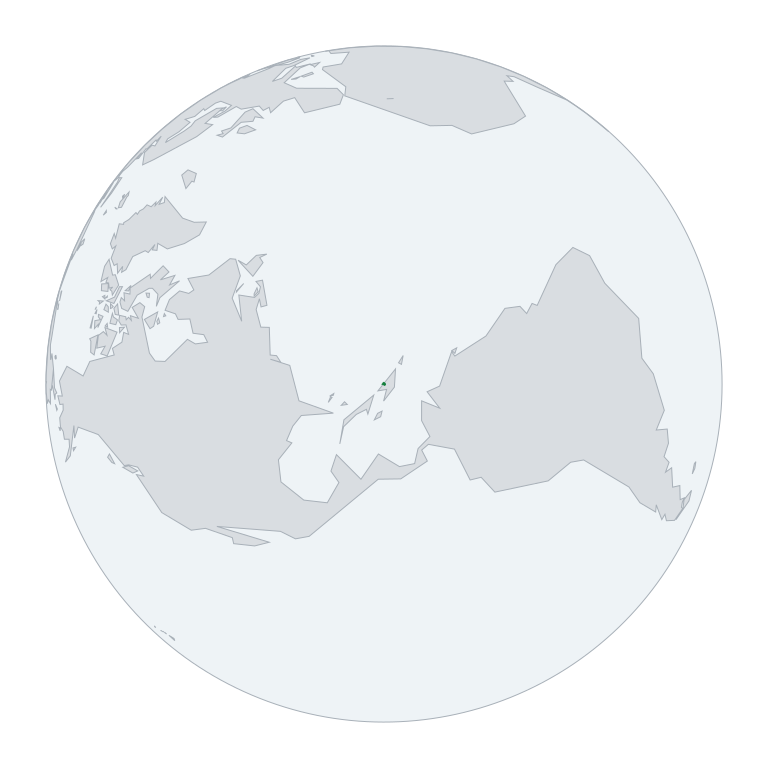 Dajabón highlighted on a globe, orthographic projection, rotated 293°
{"feature_id": "DOM-1966", "entity_name": "Dajabón", "entity_type": "Province", "adm_level": 1, "iso_a3": "DOM", "parent_name": "Dominican Republic", "parent_adm1": "", "projection": "orthographic", "projection_center": [-71.618, 19.433], "detail": "fine", "context": "on_globe", "style": "filled", "palette": "green", "viewbox_px": 768, "rotation_deg": 293, "n_neighbors": 0, "source": "natural_earth", "source_scale": "10m", "svg_char_len": 9731}
<svg xmlns="http://www.w3.org/2000/svg" viewBox="0 0 768 768"><g transform="rotate(293 384 384)"><circle cx="384" cy="384" r="338" fill="#eef3f6" stroke="#a8b0b8"/><path d="M345.8,448.4L337.9,444.5L330.0,454.0L303.2,436.5L294.1,415.9L214.5,374.6L206.9,363.0L207.9,346.2L187.6,285.8L193.5,340.2L184.4,328.2L178.3,308.0L183.3,304.4L181.4,276.1L174.1,263.7L178.8,229.7L203.9,191.5L205.3,198.8L211.2,189.7L209.8,180.5L207.4,176.8L225.8,140.8L224.8,119.3L213.3,120.3L224.6,114.8L195.3,123.3L187.6,121.3L203.2,119.1L210.1,115.7L208.3,111.4L215.0,107.2L218.0,103.0L226.2,98.7L234.6,98.9L240.1,96.4L238.5,93.7L245.7,88.4L247.2,92.6L259.9,84.1L276.4,85.2L273.8,103.9L289.8,104.4L305.3,124.3L310.7,120.1L320.1,126.4L329.8,124.2L329.9,129.5L337.6,123.4L335.6,119.1L338.4,115.2L343.9,113.9L345.0,120.0L342.4,121.6L345.6,122.8L343.8,126.6L347.8,123.9L348.5,132.2L356.1,122.3L363.5,127.5L361.7,133.5L351.1,135.0L320.8,156.0L315.7,164.4L319.2,173.6L348.3,185.6L347.2,194.7L353.5,205.3L359.0,198.8L356.1,188.4L368.0,179.9L363.0,169.2L367.1,164.6L366.3,153.7L377.9,153.5L389.8,159.5L391.1,168.9L396.3,172.2L404.5,162.3L415.9,180.2L439.2,193.3L440.9,198.7L427.4,209.5L403.7,210.7L386.1,228.5L409.2,215.6L413.1,231.0L418.6,233.4L425.2,232.3L428.4,226.1L432.1,231.6L410.7,245.5L406.9,240.7L413.8,236.0L402.6,237.2L388.2,248.4L391.3,256.3L366.2,267.9L368.1,274.0L363.7,280.5L362.4,269.7L364.3,290.0L335.3,312.3L337.4,348.8L322.7,320.2L309.6,316.5L293.8,316.4L293.8,322.2L273.0,316.4L253.6,327.4L245.8,355.5L252.5,378.2L275.7,381.0L283.1,369.2L300.4,367.8L287.3,400.0L317.4,406.2L314.0,430.5L322.7,443.3L337.9,440.6L353.6,446.8L365.0,432.9L383.2,425.2L383.5,444.8L393.7,426.7L403.8,436.0L440.2,433.6L437.4,438.3L468.0,459.1L500.9,465.8L508.6,478.8L504.6,487.8L516.0,488.8L516.2,494.3L561.0,495.6L583.5,504.5L582.5,523.1L563.0,547.9L543.9,592.8L508.5,611.3L498.6,627.9L469.3,652.3L448.0,652.6L453.2,662.3L440.6,669.0L426.5,670.2L423.3,677.0L412.8,677.6L419.3,681.5L401.8,690.0L406.1,696.0L393.3,701.8L396.5,704.9L391.8,704.8L386.7,706.0L386.1,707.6L372.0,704.7L368.5,697.4L373.9,693.5L367.7,692.7L379.2,681.8L372.3,684.1L374.7,666.0L384.9,649.7L392.1,597.5L384.9,586.4L359.0,573.0L327.8,528.3L336.1,509.9L329.3,500.8L351.6,474.3L345.8,448.4ZM66.0,291.7L68.6,284.2L67.7,290.1L66.0,291.7ZM69.8,278.9L68.9,281.6L69.5,279.2L69.8,278.9ZM69.9,276.6L69.8,278.3L69.6,277.1L69.9,276.6ZM69.8,274.6L70.0,275.4L69.8,275.6L69.8,274.6ZM335.4,361.1L369.8,378.9L350.0,380.9L353.8,377.7L345.2,370.4L328.9,363.5L311.6,366.7L335.4,361.1ZM70.6,269.1L71.0,267.6L71.4,267.6L70.6,269.1ZM351.4,341.4L345.3,339.9L351.3,339.8L351.4,341.4ZM205.3,176.1L209.0,180.9L207.8,191.3L203.9,187.6L205.3,176.1ZM208.6,158.2L212.3,158.6L205.4,167.2L205.4,164.2L208.6,158.2ZM203.6,122.7L205.4,124.9L201.3,124.3L203.6,122.7ZM217.0,103.3L214.3,104.2L217.0,101.8L217.0,103.3ZM359.9,154.7L363.0,154.3L361.5,156.5L359.9,154.7ZM356.6,150.7L352.7,153.7L350.5,152.2L353.0,150.4L356.6,150.7ZM231.9,93.1L237.0,89.4L233.3,93.1L231.9,93.1ZM361.9,147.5L347.2,149.4L343.5,147.0L349.8,138.2L361.9,147.5ZM241.0,87.3L253.2,79.3L248.4,80.2L268.9,73.8L251.7,82.2L247.9,86.3L246.1,85.3L241.0,87.3ZM332.6,118.4L334.9,122.9L327.9,120.6L332.6,118.4ZM327.4,118.0L301.7,118.2L301.1,111.5L309.8,112.5L304.8,105.6L317.1,102.1L322.6,105.2L320.6,110.0L326.9,105.1L327.4,118.0ZM278.3,72.1L282.5,70.6L279.7,72.3L278.3,72.1ZM338.9,113.6L333.8,113.9L332.8,108.0L342.9,106.4L340.0,108.7L338.9,113.6ZM297.5,105.8L298.6,101.6L308.8,97.5L310.7,95.4L317.4,101.5L297.5,105.8ZM343.0,109.4L348.1,105.8L353.6,107.5L343.8,112.9L343.0,109.4ZM328.3,107.4L328.4,104.6L331.6,105.5L328.3,107.4ZM375.9,112.6L369.8,112.5L368.8,109.3L375.9,112.6ZM349.6,104.4L347.7,103.8L346.6,102.7L351.0,100.9L349.6,104.4ZM324.1,98.5L328.2,98.0L321.9,95.8L329.3,93.1L332.5,97.9L334.2,94.8L336.5,94.0L336.5,98.9L324.1,98.5ZM352.1,95.9L358.7,102.0L370.2,102.5L371.4,105.2L352.6,103.9L352.1,95.9ZM343.0,97.1L348.9,96.9L347.4,100.0L342.4,102.2L343.0,97.1ZM333.2,89.8L321.0,92.6L320.8,91.5L333.2,89.8ZM355.8,95.4L354.1,94.0L356.8,95.0L355.8,95.4ZM340.5,90.7L336.2,91.6L336.0,90.4L340.5,90.7ZM354.4,90.7L356.5,92.4L353.2,93.8L354.4,90.7ZM348.3,90.1L349.0,88.2L350.7,93.2L346.4,90.7L348.3,90.1ZM341.0,89.3L339.5,88.9L342.8,89.1L341.0,89.3ZM365.8,85.0L368.7,91.0L361.3,93.7L359.5,87.4L365.8,85.0ZM395.5,710.4L373.2,705.8L385.8,708.0L394.7,705.4L406.3,708.6L395.5,710.4ZM421.7,702.9L432.0,700.8L434.4,701.4L427.8,703.1L421.7,702.9ZM645.3,169.8L651.5,179.2L642.5,169.7L626.3,148.9L622.6,144.7L645.3,169.8ZM611.1,133.8L609.9,132.9L598.5,122.9L607.9,131.5L610.9,133.8L616.8,139.7L614.4,138.2L610.5,134.4L610.9,136.0L629.6,155.0L634.6,159.4L641.2,171.7L650.2,180.5L655.3,188.4L641.9,176.6L636.2,170.2L618.9,163.0L625.5,170.4L642.2,178.3L641.1,179.5L650.1,191.4L642.3,183.4L622.3,174.4L622.1,188.0L637.8,225.3L634.4,233.6L624.3,234.0L602.6,204.9L612.7,189.9L605.1,180.9L589.4,173.6L593.8,170.2L588.6,165.9L591.1,160.6L581.2,145.2L581.7,139.6L564.8,126.8L562.7,122.7L573.3,131.1L580.9,134.7L580.5,123.3L576.7,119.1L565.7,112.1L567.0,110.5L556.4,105.3L549.9,97.5L549.1,103.2L536.2,96.8L525.2,89.1L520.8,88.5L538.7,101.2L546.0,105.6L552.5,107.4L572.3,122.2L575.2,127.9L554.0,117.5L555.8,124.9L538.5,114.9L500.6,84.4L491.4,76.2L503.5,73.1L513.2,77.2L513.6,80.1L525.1,82.1L518.5,79.6L519.5,78.8L507.5,73.8L507.6,73.0L495.8,70.0L494.7,68.5L502.2,70.5L483.4,63.3L477.6,60.4L473.2,59.2L470.3,58.8L464.8,56.1L461.9,55.5L462.5,56.0L457.1,55.3L445.3,53.5L444.0,52.6L448.1,53.2L454.8,53.7L465.9,56.1L465.2,56.0L488.1,62.5L510.6,70.7L532.3,80.4L553.4,91.6L573.6,104.3L592.9,118.4L611.1,133.8ZM461.3,55.0L454.3,53.5L446.1,52.7L439.4,51.9L441.9,51.6L440.5,51.6L436.7,51.1L431.8,50.0L428.5,50.2L389.1,48.8L375.7,47.7L382.4,46.8L353.5,48.2L340.7,49.0L341.4,49.2L328.0,51.4L331.8,51.0L331.1,51.4L298.4,59.6L289.8,61.6L276.4,67.4L276.7,67.8L282.4,66.4L268.9,73.8L248.4,80.2L248.7,78.9L235.6,84.7L238.2,81.2L234.4,81.8L244.8,76.1L242.4,77.2L251.3,73.2L254.7,72.3L253.5,72.3L259.9,69.7L262.0,68.9L285.9,60.6L310.5,54.2L335.4,49.6L360.6,46.9L385.9,46.1L411.2,47.2L436.4,50.2L461.3,55.0ZM704.0,492.5L705.5,488.1L713.4,459.6L716.8,441.4L717.1,408.9L717.7,383.7L715.8,376.7L713.0,384.6L709.8,376.3L707.4,379.5L685.9,409.6L674.3,401.9L648.4,366.9L648.6,345.5L639.7,325.6L633.9,235.3L642.7,232.7L649.4,204.5L652.0,204.1L662.1,219.9L675.8,222.2L667.5,206.0L669.2,202.9L667.3,199.9L680.4,221.7L691.7,244.4L701.4,268.0L709.2,292.2L715.2,316.9L719.3,342.0L721.5,367.3L721.8,392.7L720.2,418.1L716.7,443.3L711.3,468.1L704.0,492.5ZM647.6,275.1L650.5,281.3L647.6,275.1ZM441.3,433.3L445.7,436.8L439.9,437.3L441.3,433.3ZM347.2,389.1L354.5,389.6L358.3,392.8L352.6,393.7L347.2,389.1ZM409.2,389.1L417.7,390.5L408.9,392.4L409.2,389.1ZM375.3,381.1L402.4,388.7L385.2,394.8L368.1,390.3L380.0,388.5L375.3,381.1ZM347.7,353.0L352.2,354.6L350.8,358.2L347.7,353.0ZM355.7,341.5L353.9,341.8L351.6,338.7L355.7,341.5ZM414.3,230.1L416.2,229.2L422.9,229.5L419.7,232.1L414.3,230.1ZM452.5,216.2L457.8,225.4L451.9,220.2L448.5,225.2L431.9,221.2L440.9,201.3L439.8,210.7L452.5,216.2ZM412.2,211.8L421.7,215.6L410.9,212.2L412.2,211.8ZM557.7,150.7L563.0,151.0L568.5,156.9L567.8,166.5L559.8,157.8L557.7,150.7ZM569.1,150.3L548.2,138.8L547.8,133.2L551.6,138.1L553.4,135.6L559.9,143.0L580.0,149.9L586.2,155.8L581.5,168.8L579.6,160.9L574.6,160.7L569.1,150.3ZM495.6,127.9L486.5,125.3L497.3,116.2L504.5,119.9L504.4,129.0L495.7,130.2L495.6,127.9ZM375.9,132.7L371.7,134.0L371.4,132.1L374.7,129.4L375.9,132.7ZM373.2,112.8L393.7,125.9L390.0,127.8L406.5,134.5L403.1,142.3L392.5,137.5L402.3,149.1L391.4,147.9L399.1,155.5L375.9,144.0L366.5,144.1L378.3,140.8L381.6,133.5L380.3,130.4L369.4,122.1L350.8,119.8L351.1,113.0L356.3,108.9L360.9,108.4L359.2,112.7L366.4,109.0L367.5,115.0L373.2,112.8ZM417.1,76.9L413.3,80.0L428.0,77.7L429.2,81.9L430.8,81.4L435.9,85.0L444.9,88.7L443.8,90.7L447.8,91.4L451.2,94.1L456.3,95.9L456.2,100.4L462.4,103.0L458.8,103.7L469.5,107.3L461.5,106.8L465.2,110.9L471.0,109.2L458.0,133.8L458.7,146.1L463.7,157.1L449.2,155.9L435.3,145.4L423.7,131.8L425.1,120.8L418.3,122.8L416.9,118.3L422.9,118.6L412.9,115.6L413.4,112.1L403.1,102.9L388.4,101.8L384.3,98.8L390.2,97.5L381.9,95.5L390.4,91.4L387.6,89.3L393.2,83.7L406.3,83.2L402.2,81.1L406.3,77.3L417.1,76.9ZM367.7,83.4L383.2,80.8L391.4,82.2L378.2,91.6L379.6,94.0L371.4,101.1L359.7,99.2L363.1,97.2L363.7,95.0L367.2,96.4L364.8,93.6L369.4,91.0L368.9,88.3L374.1,88.1L367.7,83.4ZM648.5,196.2L649.3,194.8L649.1,191.2L654.8,199.1L648.5,196.2ZM635.2,190.2L635.0,187.5L642.9,195.9L642.0,197.8L635.2,190.2ZM628.1,179.5L634.3,186.8L630.4,183.9L628.1,179.5ZM572.4,128.7L571.4,126.0L573.9,127.3L577.6,130.7L572.4,128.7ZM461.1,74.3L457.6,75.0L455.6,74.2L444.1,73.3L442.4,70.6L448.6,70.0L461.1,74.3ZM652.8,179.2L652.4,178.7L650.8,176.6L652.8,179.2ZM657.2,189.6L658.2,188.7L658.8,191.7L657.2,189.6ZM457.3,71.2L452.7,71.0L454.7,69.9L457.3,71.2ZM440.5,68.7L441.6,67.1L440.8,70.2L440.5,68.7ZM435.9,54.1L453.9,57.6L465.7,59.8L470.5,59.8L471.4,62.0L453.2,58.6L435.9,54.1ZM395.0,49.1L390.9,50.2L387.5,49.5L388.0,49.2L395.0,49.1ZM396.1,49.9L400.8,51.8L395.1,52.3L392.5,50.6L396.1,49.9ZM429.7,59.6L435.2,60.6L433.5,61.4L429.7,59.6ZM280.9,70.3L282.3,70.5L278.7,71.4L280.9,70.3ZM333.5,51.2L331.9,51.9L327.7,52.4L333.5,51.2ZM325.2,54.3L331.1,53.2L325.4,54.7L325.2,54.3ZM344.1,51.0L333.6,52.9L342.9,50.7L344.1,51.0Z" fill="#d9dde1" stroke="#a8b0b8" stroke-width="1"/><path d="M383.3,384.9L383.2,384.9L383.1,384.7L383.3,384.5L383.4,384.3L383.5,384.2L383.5,383.8L383.5,383.4L383.3,383.0L383.3,382.9L383.3,382.7L383.9,383.0L384.5,382.9L384.7,383.1L384.9,383.2L385.1,383.3L385.0,383.6L384.9,383.8L385.0,383.9L384.9,384.1L384.8,384.4L384.6,384.6L384.7,384.8L384.5,385.0L384.4,384.9L384.2,384.9L384.2,385.0L383.9,385.2L383.8,385.3L383.5,385.1L383.3,384.9Z" fill="#22c55e" stroke="#15803d" stroke-width="1.5"/></g></svg>